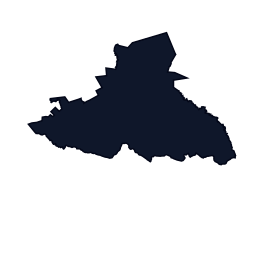 the district of Shamva, Mashonaland Central, Zimbabwe, rotated 61°
{"feature_id": "62879985B93379184763454", "entity_name": "Shamva", "entity_type": "district", "adm_level": 2, "iso_a3": "ZWE", "parent_name": "Zimbabwe", "parent_adm1": "Mashonaland Central", "projection": "mercator", "projection_center": [31.712, -17.164], "detail": "fine", "context": "isolated", "style": "filled", "palette": "ink", "viewbox_px": 256, "rotation_deg": 61, "n_neighbors": 0, "source": "geoboundaries", "source_scale": "gbopen_adm2", "svg_char_len": 5761}
<svg xmlns="http://www.w3.org/2000/svg" viewBox="0 0 256 256"><g transform="rotate(61 128 128)"><path d="M88.3,211.0L88.6,210.1L89.3,209.5L89.3,208.5L91.2,207.7L92.4,206.5L92.7,204.1L93.6,203.1L94.3,203.1L95.8,203.4L96.1,203.0L96.8,203.1L97.4,202.7L98.1,202.8L98.7,202.5L101.2,202.2L101.3,201.3L102.6,200.8L103.1,200.7L103.5,201.2L104.2,201.1L104.9,201.2L106.1,201.0L106.3,200.6L106.3,199.4L106.6,199.0L107.0,198.9L107.1,199.5L107.6,199.7L107.8,199.2L108.9,199.4L109.6,198.6L110.4,198.0L111.0,198.0L111.2,197.0L112.3,196.5L112.3,196.3L112.5,196.2L112.6,194.9L113.0,194.3L114.0,194.7L115.0,194.6L115.2,194.4L114.4,192.4L113.5,191.6L113.4,191.0L113.1,190.4L115.2,189.1L116.1,187.7L117.8,186.4L118.2,184.3L119.5,182.9L120.3,182.6L121.4,182.8L122.4,181.0L123.1,180.0L123.5,179.9L123.8,179.7L124.5,179.7L125.4,178.7L126.8,178.6L127.5,178.0L128.1,177.7L128.9,176.9L129.2,176.1L130.0,175.4L130.8,174.0L130.8,173.4L131.3,172.4L131.6,171.9L132.4,171.7L133.0,171.1L133.6,170.4L134.2,169.0L135.3,168.7L137.1,167.0L138.4,165.3L139.3,164.8L142.2,162.2L143.6,160.4L145.5,158.6L146.2,156.4L145.5,154.8L144.8,153.9L144.8,152.6L145.0,151.9L145.1,151.3L144.5,149.7L143.7,148.6L143.2,145.9L142.3,144.8L141.5,144.3L140.1,142.3L138.7,140.7L138.9,140.0L139.7,138.7L140.0,137.4L141.2,136.2L142.9,135.7L144.0,135.7L145.2,136.6L147.0,136.4L147.8,136.0L148.0,135.7L148.1,134.3L148.7,133.5L149.8,133.1L150.4,133.0L152.2,133.4L152.9,133.2L153.4,132.9L154.2,131.6L156.6,131.4L157.2,131.0L157.9,130.0L159.7,128.9L164.5,126.6L165.2,126.5L166.5,125.6L167.5,125.3L168.3,124.8L168.2,124.3L167.4,123.6L166.7,122.7L165.3,121.9L164.7,121.1L164.7,120.8L165.3,119.9L164.9,117.9L166.2,116.7L168.4,113.2L168.9,111.8L169.6,110.6L169.7,110.0L170.0,109.6L169.6,108.3L169.7,107.8L170.2,107.0L173.2,104.7L174.0,104.5L174.8,104.7L176.1,103.4L177.4,102.6L178.1,101.9L179.6,100.7L182.8,97.2L183.1,95.5L182.1,93.0L181.5,92.6L180.1,92.8L179.2,92.5L178.7,92.1L178.6,91.6L178.6,91.3L179.6,90.4L179.7,90.1L179.6,89.1L179.3,88.3L179.4,87.6L180.6,87.6L182.4,88.0L183.6,87.7L183.7,87.4L183.4,86.9L183.6,85.7L183.5,84.6L184.0,83.0L184.1,82.0L183.9,81.6L182.9,81.0L182.9,80.7L184.0,80.0L185.7,79.3L186.4,78.9L188.1,78.5L188.9,77.9L189.6,77.7L189.9,77.3L190.6,76.8L190.7,76.5L190.3,76.0L191.1,74.2L191.0,72.3L191.5,71.7L192.7,68.0L193.1,67.7L193.4,67.0L194.9,66.8L196.6,67.8L197.9,68.3L199.7,68.0L200.6,67.2L202.4,66.1L203.4,66.0L204.0,65.6L204.5,65.2L205.3,64.1L205.1,63.1L206.4,60.8L206.5,59.9L206.2,59.0L205.2,57.9L204.9,56.8L204.9,53.6L204.4,52.0L204.7,51.4L205.0,50.0L206.0,48.7L204.9,48.1L204.3,47.3L203.7,47.5L203.7,47.3L202.9,47.0L201.5,46.9L199.4,46.5L198.8,46.8L197.9,47.6L197.5,47.7L195.8,46.9L195.7,46.5L195.3,46.3L194.1,46.4L193.0,45.8L191.4,45.6L190.5,45.1L187.3,45.4L186.0,44.8L185.5,44.8L185.1,45.2L184.9,44.7L183.7,44.5L182.8,44.8L181.9,45.4L181.6,45.3L181.3,44.6L180.9,44.0L179.8,45.0L179.2,45.1L178.9,44.9L178.5,44.3L177.6,44.5L177.3,44.2L176.9,44.1L176.6,45.2L176.1,45.3L175.8,44.9L175.9,43.3L174.4,42.7L173.8,42.9L173.7,43.5L174.0,43.9L173.9,44.3L173.0,44.2L172.3,43.5L170.9,43.2L170.8,43.4L171.1,43.9L170.9,44.4L170.4,44.5L169.8,44.9L166.9,45.7L166.2,45.7L166.1,45.8L166.1,46.6L165.1,46.5L163.8,46.0L163.3,45.6L162.9,44.7L162.4,44.7L161.6,45.4L160.7,46.7L159.2,47.9L159.1,48.7L158.5,48.3L158.0,48.3L157.7,48.4L157.7,49.1L157.3,49.5L156.0,49.0L155.9,49.5L156.2,50.1L156.1,50.5L155.1,50.0L154.5,50.2L154.2,50.9L153.7,51.3L152.5,53.2L152.0,53.1L151.3,52.2L151.2,51.7L151.7,51.3L151.5,51.1L150.7,51.0L150.0,51.2L149.5,52.0L148.2,51.4L147.6,50.8L147.0,50.8L146.5,51.3L146.7,51.1L146.7,51.5L146.1,51.7L145.9,52.2L145.3,53.0L145.3,53.4L146.4,53.9L146.6,54.2L146.4,54.7L145.6,55.5L145.7,56.0L146.3,56.7L146.2,57.2L144.9,57.4L144.2,57.1L143.3,57.4L143.1,58.2L142.9,58.3L142.4,58.1L142.2,58.7L141.2,58.4L140.9,57.9L140.6,57.9L140.4,58.1L140.2,58.7L139.1,59.2L137.9,59.2L137.2,60.0L136.2,59.5L135.9,59.5L135.1,59.6L134.7,59.9L134.5,60.6L133.9,61.2L134.3,62.1L134.1,62.6L133.4,62.7L132.8,62.5L132.4,62.8L130.9,62.5L130.9,63.1L131.5,63.5L131.6,64.0L130.1,65.6L129.5,65.6L129.1,65.3L129.4,64.6L129.2,64.2L128.3,64.4L127.0,65.0L126.3,64.5L126.2,65.4L125.7,65.5L124.7,65.4L124.5,64.8L124.3,64.7L124.2,65.3L123.8,65.3L123.0,64.9L122.8,65.5L122.2,65.3L121.4,65.7L120.7,65.8L120.1,65.5L119.8,66.0L114.5,68.5L108.2,65.0L112.9,52.1L102.2,60.3L98.2,66.2L94.4,62.4L94.3,61.3L92.6,59.1L91.5,58.7L86.4,50.1L86.5,50.4L85.9,50.7L63.3,48.1L55.6,82.8L57.8,89.2L51.2,96.3L49.8,96.4L49.5,98.2L49.8,98.5L49.8,99.0L50.3,99.4L51.0,100.6L51.5,100.8L51.8,101.3L52.5,101.6L53.4,102.5L54.0,102.6L54.4,102.9L55.5,102.5L56.2,103.1L56.3,102.8L56.7,102.6L56.6,103.0L56.8,103.3L57.3,103.0L57.9,103.0L58.3,103.5L58.7,102.5L59.2,102.3L60.3,103.1L60.6,102.5L61.0,102.5L61.5,103.5L62.4,103.9L62.9,103.9L63.5,103.4L63.9,103.5L64.1,103.7L64.0,104.6L64.4,104.9L64.2,105.3L64.5,105.4L64.7,105.8L65.0,105.6L66.0,106.1L66.6,106.8L67.1,106.7L67.5,107.4L68.3,107.5L68.4,108.5L68.9,108.5L69.0,109.4L69.7,109.1L70.1,109.4L70.2,109.8L70.7,110.4L64.9,118.2L71.9,121.3L67.8,131.3L80.2,131.1L80.0,137.8L85.1,138.0L85.1,148.4L84.8,151.0L85.0,154.6L84.7,154.5L84.8,153.5L84.0,153.9L83.1,154.7L82.3,155.2L80.2,155.2L79.3,154.7L78.9,157.4L76.9,167.5L70.2,168.2L64.7,181.6L65.6,181.7L65.6,182.5L66.1,182.5L66.1,182.1L66.4,181.9L67.0,182.0L67.9,182.6L67.9,182.1L68.5,182.2L68.3,181.2L68.4,179.7L69.7,178.6L69.9,178.2L69.8,177.9L69.3,177.5L69.6,176.0L69.3,175.8L69.1,176.1L68.6,175.8L68.6,175.4L69.1,175.2L70.0,175.0L70.0,174.4L71.1,174.3L71.6,174.7L71.8,175.2L72.5,175.5L73.6,175.4L75.1,175.8L76.5,175.9L77.5,176.4L79.0,176.4L79.1,176.0L80.0,180.1L74.8,181.6L76.4,187.5L81.1,186.2L81.6,188.2L78.8,189.5L79.7,192.3L78.2,194.3L77.0,197.7L79.9,199.6L78.9,205.0L77.0,209.7L76.4,213.3L86.3,211.5L88.3,211.0Z" fill="#0f172a" stroke="#020617" stroke-width="1.5"/></g></svg>